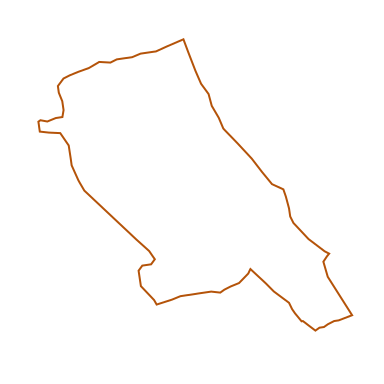 the district of Kesm Al-minya, Al Minya, Egypt, rotated 353°
{"feature_id": "37247803B97028957261557", "entity_name": "Kesm Al-minya", "entity_type": "district", "adm_level": 2, "iso_a3": "EGY", "parent_name": "Egypt", "parent_adm1": "Al Minya", "projection": "albers", "projection_center": [30.746, 28.094], "detail": "fine", "context": "isolated", "style": "outline", "palette": "amber", "viewbox_px": 384, "rotation_deg": 353, "n_neighbors": 0, "source": "geoboundaries", "source_scale": "gbopen_adm2", "svg_char_len": 1410}
<svg xmlns="http://www.w3.org/2000/svg" viewBox="0 0 384 384"><g transform="rotate(353 192 192)"><path d="M320.6,269.9L316.4,267.0L301.9,252.9L288.9,235.1L286.5,228.3L286.4,224.4L286.3,220.1L284.6,208.0L283.0,200.5L272.4,194.0L263.9,180.6L255.4,166.2L243.1,149.2L232.0,134.5L230.8,132.8L227.6,121.6L222.1,108.9L220.4,96.8L214.2,85.7L210.2,72.2L205.3,52.7L202.1,39.4L184.7,44.5L173.3,48.1L171.1,48.1L166.7,48.2L162.2,48.3L157.8,48.4L149.0,50.9L144.5,51.0L142.3,51.0L133.5,51.2L126.8,53.6L115.7,51.6L115.3,51.8L114.9,52.0L104.7,56.4L93.7,58.9L84.9,61.3L78.3,63.7L73.9,68.3L71.8,70.5L71.9,77.2L74.3,86.1L74.5,95.1L72.5,101.8L65.8,102.0L57.0,104.4L50.3,102.3L48.1,103.5L48.2,106.8L48.2,109.1L48.3,113.5L57.2,115.6L68.4,117.5L75.3,130.8L75.7,144.2L75.8,150.9L80.6,166.4L81.6,168.9L85.3,177.5L130.9,232.3L142.3,245.4L145.2,251.0L146.9,254.2L142.6,258.8L138.2,258.9L133.7,259.0L129.4,263.6L129.8,279.2L141.2,294.6L143.2,299.4L159.0,296.4L167.8,294.0L174.5,293.8L176.7,293.8L183.3,293.6L185.6,293.5L198.9,293.2L207.8,295.3L212.2,292.9L218.8,290.5L227.6,288.1L237.9,279.8L240.1,276.3L240.3,276.0L240.6,275.6L254.3,291.9L261.1,300.7L268.0,307.3L274.8,313.8L277.1,320.5L279.4,324.9L285.0,333.7L286.3,333.6L288.6,335.8L290.8,338.0L297.6,344.6L302.0,342.2L306.5,342.1L310.8,339.8L317.4,337.4L321.9,337.3L335.9,333.8L316.4,292.7L313.9,277.2L318.1,272.3L320.6,269.9Z" fill="none" stroke="#b45309" stroke-width="2"/></g></svg>